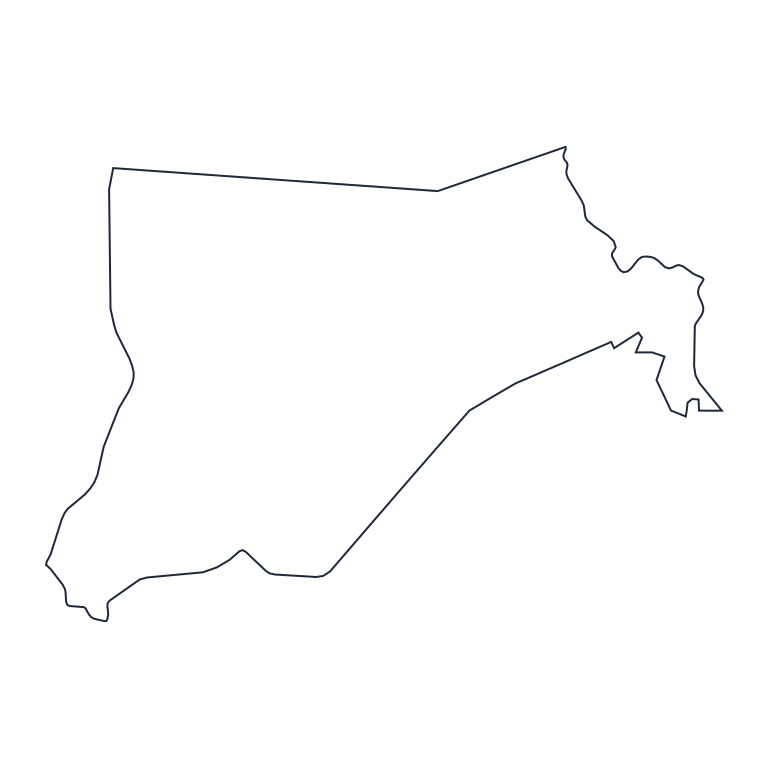 map outline of Eastern Equatoria (Natural Earth projection)
{"feature_id": "SDS-892", "entity_name": "Eastern Equatoria", "entity_type": "State", "adm_level": 1, "iso_a3": "SSD", "parent_name": "South Sudan", "parent_adm1": "", "projection": "natural_earth1", "projection_center": [34.12, 4.76], "detail": "fine", "context": "isolated", "style": "outline", "palette": "slate", "viewbox_px": 768, "rotation_deg": 0, "n_neighbors": 0, "source": "natural_earth", "source_scale": "10m", "svg_char_len": 2094}
<svg xmlns="http://www.w3.org/2000/svg" viewBox="0 0 768 768"><path d="M615.0,245.0L615.7,247.2L614.7,249.4L613.3,251.4L612.1,253.4L611.9,255.7L612.6,257.5L618.0,267.3L620.4,270.5L623.4,272.2L627.4,271.5L631.1,268.5L637.8,260.0L641.4,257.2L644.3,256.6L647.8,256.6L651.2,257.1L654.1,258.0L657.9,260.5L664.9,267.1L668.9,268.4L672.8,267.4L675.7,265.8L678.8,265.0L682.9,266.3L693.7,274.0L702.7,278.0L703.5,279.7L699.1,287.1L698.0,291.6L698.5,295.3L701.7,302.5L703.2,307.0L703.2,310.9L701.9,314.7L695.6,323.9L694.8,326.4L694.1,366.1L695.5,375.3L699.5,383.2L721.9,410.7L711.4,410.7L699.0,410.6L698.6,399.5L692.2,399.0L687.6,402.7L686.7,410.6L685.8,416.5L671.3,410.7L671.0,410.6L663.2,394.1L656.5,380.1L664.5,356.6L652.1,352.4L635.8,352.4L642.0,337.7L638.4,332.6L625.6,340.8L614.1,348.2L611.2,341.9L599.8,346.9L586.3,352.7L571.3,359.3L557.9,365.1L545.4,370.5L532.1,376.3L516.1,383.1L505.0,389.5L493.7,396.1L482.3,402.9L469.4,410.6L452.8,429.6L436.2,448.6L419.7,467.6L403.1,486.7L389.8,502.1L376.3,517.7L358.0,539.0L342.2,557.3L330.2,571.3L329.4,571.8L323.3,575.9L316.2,577.0L289.8,575.4L286.0,575.2L274.8,574.5L269.8,573.4L266.3,571.3L245.6,551.7L242.3,550.1L239.4,551.3L229.5,559.9L216.6,567.5L202.8,572.3L177.0,574.7L146.9,577.5L139.7,579.5L109.5,600.7L107.6,603.3L107.4,605.8L108.1,612.6L108.1,615.5L107.5,618.2L107.3,619.4L106.2,621.0L104.3,621.1L93.9,618.7L91.2,617.1L88.7,614.1L87.6,612.1L85.5,608.2L83.6,607.1L82.3,607.0L69.4,606.0L67.2,604.7L66.1,601.5L65.6,592.7L65.0,589.1L62.6,584.6L50.9,569.4L47.1,565.7L46.1,565.2L46.6,561.9L50.6,554.5L61.5,519.9L64.6,513.0L67.7,508.8L84.8,494.6L90.3,488.4L94.3,482.4L97.5,474.8L103.7,446.7L118.9,408.1L128.4,392.1L131.7,384.9L133.5,378.5L133.7,372.6L132.1,365.7L129.7,359.1L116.5,332.8L114.2,325.4L110.5,308.7L109.1,189.3L113.2,168.1L437.7,191.1L565.5,146.9L565.8,149.0L564.1,153.1L563.5,155.2L563.5,157.4L564.3,159.5L567.0,162.8L567.5,165.0L567.1,167.7L566.6,169.8L566.3,171.9L566.6,174.4L568.2,178.6L581.5,200.4L583.8,205.5L585.3,216.5L587.0,220.1L594.3,226.4L607.4,235.2L613.8,241.2L615.0,245.0Z" fill="none" stroke="#1e293b" stroke-width="2"/></svg>